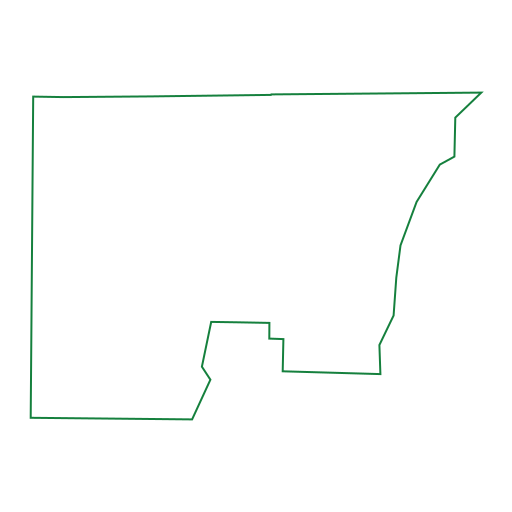 Holmes, Florida, United States of America (Equal Earth projection)
{"feature_id": "52423323B82780636991471", "entity_name": "Holmes", "entity_type": "district", "adm_level": 2, "iso_a3": "USA", "parent_name": "United States of America", "parent_adm1": "Florida", "projection": "equal_earth", "projection_center": [-85.728, 30.85], "detail": "fine", "context": "isolated", "style": "outline", "palette": "green", "viewbox_px": 512, "rotation_deg": 0, "n_neighbors": 0, "source": "geoboundaries", "source_scale": "gbopen_adm2", "svg_char_len": 450}
<svg xmlns="http://www.w3.org/2000/svg" viewBox="0 0 512 512"><path d="M33.2,96.6L30.7,417.8L192.1,419.4L210.4,379.7L201.9,366.7L211.2,321.9L237.4,322.3L269.4,322.9L269.3,338.6L283.4,339.1L282.7,371.3L380.4,374.1L379.4,345.0L393.6,315.5L396.3,277.6L400.5,245.4L416.6,201.9L439.8,164.6L454.4,156.6L455.3,117.6L481.3,92.6L481.0,92.6L413.3,93.2L271.3,94.4L271.0,94.9L151.2,96.4L63.5,97.1L33.2,96.6Z" fill="none" stroke="#15803d" stroke-width="2"/></svg>